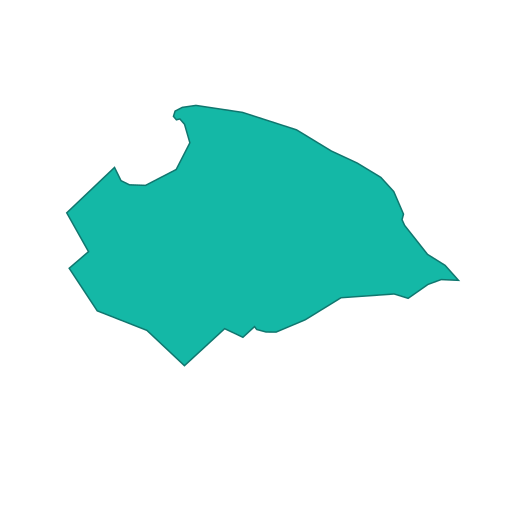 outline of Mathews, Virginia, United States of America, rotated 305°
{"feature_id": "52423323B81347355959648", "entity_name": "Mathews", "entity_type": "district", "adm_level": 2, "iso_a3": "USA", "parent_name": "United States of America", "parent_adm1": "Virginia", "projection": "robinson", "projection_center": [-76.331, 37.423], "detail": "fine", "context": "isolated", "style": "filled", "palette": "teal", "viewbox_px": 512, "rotation_deg": 305, "n_neighbors": 0, "source": "geoboundaries", "source_scale": "gbopen_adm2", "svg_char_len": 697}
<svg xmlns="http://www.w3.org/2000/svg" viewBox="0 0 512 512"><g transform="rotate(305 256 256)"><path d="M138.8,110.0L120.0,157.4L132.5,209.3L125.1,260.3L178.5,272.0L181.9,291.9L197.3,295.3L196.2,298.7L199.5,307.8L205.2,316.1L232.0,332.9L270.6,349.6L304.1,390.9L308.6,404.9L331.4,413.2L342.9,421.2L352.2,435.8L356.8,416.3L355.7,395.6L366.3,360.2L369.5,354.8L374.9,352.8L387.8,331.9L392.0,313.2L390.2,285.7L385.2,257.4L382.6,216.9L365.9,162.6L344.9,120.4L335.5,110.4L328.3,106.6L323.0,108.3L321.9,112.7L324.6,115.0L322.9,121.9L310.8,136.9L281.1,141.0L250.5,125.0L241.7,111.5L240.3,102.2L247.4,89.3L182.8,76.2L163.5,116.3L138.8,110.0Z" fill="#14b8a6" stroke="#0f766e" stroke-width="1.5"/></g></svg>